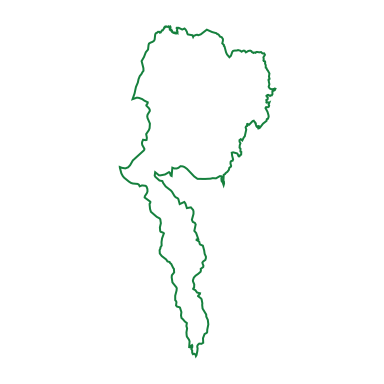 the district of Alto Amazonas, Loreto, Peru, rotated 185°
{"feature_id": "86281439B99905701957938", "entity_name": "Alto Amazonas", "entity_type": "district", "adm_level": 2, "iso_a3": "PER", "parent_name": "Peru", "parent_adm1": "Loreto", "projection": "equal_earth", "projection_center": [-76.069, -4.915], "detail": "fine", "context": "isolated", "style": "outline", "palette": "green", "viewbox_px": 384, "rotation_deg": 185, "n_neighbors": 0, "source": "geoboundaries", "source_scale": "gbopen_adm2", "svg_char_len": 6095}
<svg xmlns="http://www.w3.org/2000/svg" viewBox="0 0 384 384"><g transform="rotate(185 192 192)"><path d="M255.1,299.7L255.5,296.3L257.0,291.7L257.8,285.2L259.3,279.3L255.1,281.2L253.0,281.1L249.7,280.2L247.3,278.8L243.9,277.5L244.0,276.3L245.0,274.7L245.0,274.1L242.0,271.5L241.2,270.0L241.1,269.0L243.0,265.2L243.2,263.5L242.7,261.7L239.9,256.5L239.8,251.9L240.4,249.8L242.7,245.7L241.7,242.1L241.8,239.9L242.6,239.6L245.3,239.8L246.0,237.6L246.1,236.3L245.7,234.6L243.2,230.9L243.2,230.0L243.7,229.1L253.7,218.3L256.0,213.3L257.8,211.0L260.5,209.7L264.1,210.0L266.1,210.6L266.0,210.0L264.0,204.4L262.3,201.8L260.8,200.3L255.8,196.9L253.5,195.7L251.6,195.3L246.9,195.3L245.6,194.7L244.6,193.1L242.4,194.2L240.9,194.2L238.7,194.1L237.8,193.4L236.7,191.1L236.4,188.7L236.8,187.1L238.6,183.7L238.7,182.4L232.7,178.7L232.6,177.7L233.2,176.6L233.1,175.5L232.3,171.4L231.2,168.7L225.0,164.2L222.0,162.9L221.2,162.0L220.3,158.2L220.9,153.9L220.3,150.4L219.7,149.6L217.5,149.1L216.4,148.4L217.8,143.1L218.0,139.4L217.6,136.0L218.6,134.1L218.6,132.9L219.2,131.3L218.7,127.9L216.6,125.6L211.8,122.5L210.4,120.7L208.2,120.3L207.5,119.2L206.4,118.5L204.2,114.8L203.3,113.8L202.8,110.3L204.8,107.3L204.8,105.2L203.6,100.2L199.2,95.6L198.8,94.8L198.8,92.5L199.7,87.2L199.3,82.8L198.3,81.8L197.9,80.9L198.0,77.6L196.9,76.5L194.8,76.2L193.9,75.8L192.1,71.4L192.2,68.1L191.5,65.6L189.9,64.4L187.9,62.4L185.7,61.0L185.9,58.0L185.0,55.7L185.3,51.7L184.9,49.1L184.5,47.5L182.1,44.6L181.4,43.0L181.3,37.2L180.4,37.1L179.6,38.7L178.6,39.5L178.3,39.0L178.2,37.5L178.9,35.4L178.0,34.1L177.9,32.4L177.4,31.1L176.9,30.5L175.9,31.1L174.9,30.7L174.3,30.2L173.8,28.9L173.3,29.9L172.8,34.1L172.8,36.8L173.3,38.2L173.2,39.5L172.5,40.7L171.6,41.6L169.3,41.6L167.7,42.8L168.3,47.3L167.1,51.6L165.1,52.9L164.7,53.7L164.8,56.3L164.2,61.5L165.1,66.0L166.9,69.0L167.2,71.2L171.3,76.8L172.0,80.3L172.0,82.1L173.1,86.0L173.8,86.8L176.9,88.8L176.8,89.3L175.4,90.8L175.2,91.8L178.2,92.3L180.1,94.5L182.3,95.4L182.4,96.0L181.6,97.0L181.7,100.1L183.2,103.0L183.4,104.1L182.7,106.9L181.1,109.0L178.6,111.1L176.5,113.3L176.3,114.6L176.6,116.2L174.3,118.2L174.2,119.6L175.3,121.8L175.5,122.7L174.7,123.9L172.8,125.5L172.4,127.4L172.5,128.8L174.0,131.5L174.8,134.9L176.5,139.5L179.3,140.4L179.8,141.0L180.5,143.2L183.3,144.6L183.2,145.1L181.7,145.0L181.5,145.3L184.3,151.5L186.3,153.5L185.5,160.0L186.5,161.5L188.6,162.3L189.7,164.3L188.6,170.3L188.8,172.7L189.3,174.2L191.8,176.6L195.7,175.5L197.6,180.0L198.8,181.4L203.2,178.9L205.0,183.8L205.7,184.5L207.9,185.4L209.2,186.6L211.8,190.3L213.1,191.6L218.7,195.2L221.4,198.3L222.5,200.3L225.4,200.6L229.8,203.9L230.6,205.1L230.4,208.5L226.4,205.8L225.0,205.8L220.4,207.1L216.6,209.8L215.8,209.3L214.6,206.6L213.7,206.2L213.7,214.5L211.6,213.9L209.3,214.1L207.6,214.9L205.7,216.7L203.4,216.7L201.7,216.2L199.0,214.6L191.2,207.7L187.7,205.6L180.5,206.1L174.7,206.9L172.6,207.6L169.3,207.7L165.7,210.2L164.4,210.3L163.8,210.1L163.6,209.5L163.9,208.0L163.5,205.6L162.1,203.9L161.1,201.6L160.8,203.1L161.1,205.1L161.7,206.1L161.9,211.9L160.6,212.8L160.2,213.7L158.5,215.2L157.2,217.3L156.9,219.4L155.4,220.7L155.3,221.5L156.1,223.5L156.2,225.4L155.5,226.4L154.3,226.7L153.9,228.0L155.2,231.7L155.8,234.6L154.5,235.1L150.5,234.4L149.9,233.9L148.8,231.8L148.3,231.5L147.8,231.7L147.3,232.9L146.3,233.5L146.4,236.2L147.3,236.6L147.5,239.4L148.5,240.3L148.5,242.8L148.0,244.8L149.0,246.2L149.2,247.8L148.0,248.9L146.4,247.7L145.1,251.0L144.3,252.0L143.4,258.9L144.2,261.0L143.9,262.0L142.8,262.6L143.0,263.8L142.9,264.6L142.4,264.7L141.4,263.9L141.0,263.9L137.8,267.9L136.7,268.4L135.8,267.2L135.4,267.1L134.9,266.0L134.4,265.9L134.4,265.0L133.6,263.2L133.0,262.5L132.4,262.3L131.9,263.4L131.2,263.5L130.9,262.9L131.6,262.3L131.6,261.8L131.5,261.1L131.2,261.1L130.0,261.9L127.2,266.3L124.0,269.3L123.8,271.1L122.7,271.6L122.2,273.7L122.5,275.2L123.8,278.5L126.1,282.0L125.6,283.0L123.7,283.1L122.9,283.7L122.7,284.9L123.3,285.6L122.7,287.9L123.3,287.5L123.8,287.9L125.4,287.5L125.7,287.7L125.6,289.3L126.0,290.0L124.8,290.9L124.7,292.4L124.8,292.9L126.0,293.7L126.2,294.4L125.1,295.3L124.3,295.4L122.6,294.5L121.9,295.2L121.0,295.2L120.4,296.4L120.7,299.3L118.4,300.7L117.9,302.1L118.6,302.3L119.5,301.6L120.1,301.7L121.1,301.2L122.9,301.6L123.7,302.0L124.8,303.5L124.3,306.2L125.1,308.5L125.1,309.4L125.6,310.2L125.4,310.9L124.6,311.5L125.4,313.7L125.2,316.8L127.1,319.7L128.0,320.5L128.5,321.8L129.4,322.3L129.6,324.8L130.4,326.2L130.4,327.8L130.7,328.5L131.9,328.7L132.3,329.3L132.1,330.6L132.6,332.4L131.3,335.0L132.2,336.4L133.9,336.2L135.4,337.4L137.1,337.0L139.6,337.2L140.3,337.0L140.8,336.2L142.4,336.4L142.9,335.9L144.6,336.7L145.1,337.5L146.4,337.9L148.2,337.4L150.5,335.8L151.9,337.3L153.1,337.3L154.9,336.1L156.0,336.9L158.5,337.4L159.5,336.9L162.4,336.5L163.5,336.0L164.1,335.0L165.1,331.1L166.5,329.5L169.1,332.1L170.2,334.0L172.3,339.8L173.0,340.3L173.0,341.2L174.8,342.7L174.4,345.3L174.5,347.0L175.9,348.8L177.8,349.3L178.5,350.4L179.7,351.4L180.6,351.5L181.5,352.3L185.9,353.1L191.4,355.0L197.0,349.8L199.5,348.7L200.4,349.1L201.5,348.9L204.0,347.6L204.4,346.6L205.2,348.2L209.8,348.6L210.4,349.3L211.1,351.2L212.5,353.2L213.7,354.2L215.9,353.0L219.6,354.4L221.4,354.3L221.6,354.0L221.0,353.4L220.8,352.8L221.1,351.8L220.4,350.4L220.3,349.0L221.3,349.6L222.0,349.5L221.9,349.7L222.2,349.4L222.1,349.0L222.6,349.2L222.6,348.6L223.8,348.8L224.5,349.3L224.7,349.1L225.8,349.7L225.9,350.8L226.7,351.3L226.7,351.5L227.0,351.4L227.0,351.9L227.3,351.2L227.8,351.5L227.7,352.1L228.3,352.1L228.5,353.6L228.1,353.5L228.2,353.8L228.0,353.7L227.8,354.2L228.1,354.4L228.0,354.8L228.2,355.1L229.5,354.3L230.0,354.9L230.7,354.4L231.4,354.3L231.9,354.7L232.5,354.6L233.0,354.0L233.3,354.3L234.0,353.5L234.1,353.0L233.9,352.9L235.3,350.5L236.0,350.4L237.1,348.2L237.9,347.9L238.5,348.7L239.8,348.6L240.8,347.5L241.4,347.4L242.1,346.6L242.4,345.4L242.5,340.8L242.9,339.5L244.3,338.2L246.5,337.1L247.8,336.1L248.1,334.6L248.2,330.1L250.2,327.2L251.6,322.3L253.6,318.0L251.2,311.1L250.9,308.5L251.7,307.3L252.8,304.8L254.1,303.0L255.1,299.7Z" fill="none" stroke="#15803d" stroke-width="2"/></g></svg>